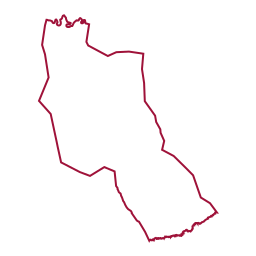 outline of Xishig-O'ndor, Bulgan, Mongolia
{"feature_id": "93677404B24557728041379", "entity_name": "Xishig-O'ndor", "entity_type": "district", "adm_level": 2, "iso_a3": "MNG", "parent_name": "Mongolia", "parent_adm1": "Bulgan", "projection": "orthographic", "projection_center": [103.627, 48.211], "detail": "fine", "context": "isolated", "style": "outline", "palette": "rose", "viewbox_px": 256, "rotation_deg": 0, "n_neighbors": 0, "source": "geoboundaries", "source_scale": "gbopen_adm2", "svg_char_len": 5257}
<svg xmlns="http://www.w3.org/2000/svg" viewBox="0 0 256 256"><path d="M143.3,53.7L129.0,51.6L116.3,52.2L107.8,56.0L88.2,45.5L86.4,41.9L89.1,24.3L86.5,23.5L86.3,23.6L86.1,23.6L85.6,23.3L85.5,23.2L85.3,22.4L85.2,21.2L85.1,20.8L85.0,20.3L84.8,20.1L84.4,20.0L83.9,20.0L83.4,20.3L83.3,20.8L83.4,21.0L83.5,21.6L83.5,22.4L83.4,22.6L83.2,22.8L82.6,23.2L82.2,23.3L81.5,23.2L81.1,22.8L81.1,22.4L81.1,22.1L81.2,21.9L81.6,21.5L82.0,20.8L82.0,20.4L81.9,19.8L81.8,19.5L80.6,18.3L80.3,18.1L80.1,18.1L79.8,18.3L79.1,19.2L78.9,19.8L78.7,20.3L78.4,20.5L77.8,20.6L77.0,20.3L76.4,20.4L75.7,21.1L74.8,21.7L73.6,23.1L73.3,23.8L73.2,24.1L72.7,25.2L72.4,25.8L72.2,26.0L71.0,26.0L69.9,26.7L69.5,26.9L69.0,27.0L68.1,27.0L67.2,26.9L66.6,26.3L66.4,26.0L66.4,25.3L66.5,24.8L66.8,24.5L67.3,24.3L68.5,24.4L69.4,24.4L70.6,23.7L70.7,23.1L70.2,22.8L68.0,22.2L67.2,21.7L66.3,19.7L66.0,18.6L65.9,17.7L64.8,16.4L64.2,15.4L63.7,15.4L62.9,15.8L62.4,16.8L62.0,18.3L61.7,18.7L61.3,19.1L60.6,19.4L60.3,19.6L60.2,19.8L60.3,20.4L60.6,21.6L60.8,22.0L60.8,23.6L60.7,24.0L60.3,24.8L59.8,25.2L59.4,25.4L58.7,25.5L58.0,25.3L57.4,25.0L56.9,24.2L56.8,23.9L56.8,23.4L57.4,22.7L57.5,22.2L57.3,21.5L56.9,20.5L56.4,19.7L56.1,19.5L55.6,19.7L55.4,20.1L54.8,21.9L54.7,22.3L54.4,22.6L54.1,23.0L53.5,23.1L53.0,22.9L52.8,22.8L52.4,22.3L52.3,21.8L52.1,21.3L51.3,20.9L49.9,20.4L49.4,20.4L48.5,20.4L47.4,19.9L46.5,19.8L45.0,25.4L42.1,44.9L45.0,54.3L48.6,77.5L39.0,100.9L50.7,114.0L56.7,142.0L57.7,146.9L61.1,162.4L79.9,172.1L90.0,175.9L104.3,167.1L114.6,171.4L116.1,186.0L116.9,187.1L117.4,187.8L117.6,188.2L117.5,189.1L118.1,190.2L118.3,190.8L118.5,191.1L118.6,191.7L119.0,192.3L120.6,193.6L120.8,194.5L121.2,196.0L121.3,196.1L121.6,196.5L121.7,196.9L122.2,198.0L123.2,201.0L124.1,202.2L125.2,204.8L126.6,207.3L128.1,209.1L130.9,211.0L131.8,212.5L131.8,212.8L131.7,213.1L132.5,214.3L136.8,220.5L137.8,221.2L139.0,221.7L145.1,231.9L149.2,240.6L149.3,240.4L149.7,240.4L150.2,240.0L150.2,239.8L150.4,239.7L150.7,239.7L151.1,240.1L151.4,240.3L152.0,240.1L152.4,240.2L152.6,240.0L152.9,240.1L152.7,239.7L152.8,239.4L153.6,239.3L153.7,239.7L153.9,239.7L153.8,239.4L154.2,239.3L154.3,239.6L154.3,239.1L154.2,238.9L154.4,238.6L155.0,238.2L155.6,238.1L155.8,237.9L156.0,237.9L156.5,238.2L156.3,238.5L156.8,238.7L156.9,239.0L157.0,239.0L157.4,238.6L157.9,238.7L157.7,238.3L157.7,238.2L157.8,238.1L158.0,238.0L158.3,238.0L158.8,238.3L159.0,238.3L160.4,238.0L160.6,238.0L160.8,238.2L160.7,238.5L160.8,238.6L161.0,238.7L161.8,238.7L162.4,238.1L163.5,238.1L163.8,238.1L164.0,238.4L164.3,237.7L164.6,237.5L164.8,237.1L165.1,237.0L165.3,237.2L165.6,236.9L165.5,236.6L165.9,236.6L166.2,236.8L166.3,236.6L166.6,236.6L166.8,236.9L168.1,236.8L168.3,236.8L168.5,237.1L168.9,237.1L169.2,236.7L169.5,236.7L169.8,237.0L170.0,237.0L170.5,236.6L170.6,236.9L170.7,236.7L170.9,236.6L171.2,236.7L171.6,236.0L171.9,236.0L172.0,236.2L172.5,235.8L172.9,235.6L173.1,235.6L173.7,235.8L173.8,235.8L174.1,235.4L174.3,235.4L174.5,235.4L174.5,235.5L174.3,236.1L174.6,236.4L174.9,236.4L175.0,236.3L174.8,236.0L174.8,235.8L175.1,235.8L175.3,235.9L175.3,235.4L175.5,235.2L176.0,235.5L176.2,235.0L176.4,234.9L176.8,235.0L176.9,235.3L177.2,235.6L177.6,235.3L178.0,235.3L178.4,235.4L179.1,235.3L179.1,235.5L179.4,235.7L179.8,235.8L180.2,235.5L180.8,235.8L181.4,235.9L181.7,235.4L181.5,235.2L181.7,234.7L181.8,234.7L181.9,234.9L182.0,234.9L181.9,234.7L181.8,234.3L181.6,234.1L182.0,233.9L182.6,234.1L182.8,234.0L182.5,233.9L182.5,233.6L182.6,233.3L182.6,232.9L182.9,232.7L183.0,232.9L183.1,233.1L183.3,233.1L183.2,232.8L183.1,232.6L182.9,232.5L182.8,232.4L182.9,232.1L183.5,231.4L184.0,231.6L184.3,231.2L184.6,231.0L185.2,230.8L185.9,230.7L186.1,230.6L186.1,230.0L186.1,229.9L186.3,229.8L186.8,230.2L187.0,230.1L187.4,230.7L187.7,230.7L187.8,230.9L188.0,230.9L188.1,231.0L187.9,231.4L188.0,231.5L188.4,231.3L188.6,231.3L188.9,231.1L189.7,231.0L190.0,231.0L190.4,231.4L190.6,231.5L190.7,231.4L190.8,231.0L190.9,230.8L191.3,230.6L191.7,230.4L191.8,230.3L191.8,229.8L191.9,229.5L192.6,228.9L192.5,228.6L192.5,228.4L192.8,228.0L192.5,227.2L192.5,226.6L192.5,226.3L193.0,226.0L193.1,225.7L193.4,225.4L193.7,225.4L193.6,225.2L193.5,224.9L193.6,224.7L194.6,223.8L194.9,223.8L195.0,223.9L195.2,224.3L195.3,224.3L195.3,224.2L195.0,223.5L195.0,223.4L195.4,223.3L195.5,223.4L195.7,223.1L195.8,223.0L196.5,223.1L197.0,223.0L197.3,223.1L197.5,223.4L197.5,223.1L197.4,223.0L197.7,223.0L198.0,223.0L198.5,222.9L198.9,223.0L199.0,223.2L199.1,223.4L199.4,223.5L199.6,223.8L200.3,223.7L200.7,223.4L200.7,223.2L200.9,223.0L201.4,222.8L201.9,222.2L202.5,222.1L203.9,221.5L204.1,221.1L204.4,221.0L205.3,220.0L206.5,219.3L207.9,218.7L207.7,218.3L207.7,218.2L207.8,217.8L208.1,217.8L208.1,217.6L208.4,217.4L208.6,217.4L209.9,216.9L210.2,216.9L211.0,216.6L211.3,216.3L211.7,216.4L211.8,216.1L211.7,216.0L211.7,215.9L211.9,215.8L211.8,215.7L212.8,215.5L212.9,215.4L212.7,215.2L212.8,214.9L213.0,214.8L213.4,215.0L213.5,214.9L213.6,214.5L213.8,214.2L214.1,213.9L215.0,213.7L214.9,213.4L215.0,212.9L215.2,212.5L215.6,212.3L216.3,212.3L216.8,212.6L217.0,212.6L210.0,203.2L200.8,197.5L193.1,175.3L186.2,168.3L173.7,156.0L162.1,149.8L164.2,140.9L160.6,132.8L160.3,129.3L156.2,122.0L155.1,115.7L144.8,101.2L144.1,83.0L142.0,69.1L143.3,53.7Z" fill="none" stroke="#9f1239" stroke-width="2"/></svg>